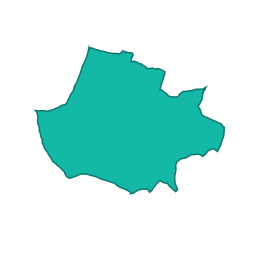 outline of Middle Bush Tanna, Tafea, Vanuatu, rotated 296°
{"feature_id": "77236927B24909731902413", "entity_name": "Middle Bush Tanna", "entity_type": "district", "adm_level": 2, "iso_a3": "VUT", "parent_name": "Vanuatu", "parent_adm1": "Tafea", "projection": "natural_earth1", "projection_center": [169.321, -19.465], "detail": "fine", "context": "isolated", "style": "filled", "palette": "teal", "viewbox_px": 256, "rotation_deg": 296, "n_neighbors": 0, "source": "geoboundaries", "source_scale": "gbopen_adm2", "svg_char_len": 3801}
<svg xmlns="http://www.w3.org/2000/svg" viewBox="0 0 256 256"><g transform="rotate(296 128 128)"><path d="M197.2,98.8L196.9,98.1L196.5,96.3L195.6,94.6L195.8,93.3L195.4,92.9L194.5,92.7L194.8,91.9L195.2,91.2L195.2,90.2L195.0,89.6L194.7,89.4L194.2,89.5L193.5,88.9L192.5,88.8L192.1,88.5L191.3,88.2L190.9,87.8L190.6,87.2L190.1,85.3L189.4,84.0L189.3,83.8L189.0,83.0L189.0,82.8L188.0,82.0L188.0,81.6L188.2,81.2L188.2,80.7L187.6,79.6L187.5,78.7L187.2,77.8L187.2,77.7L186.7,77.3L186.6,77.1L186.7,75.7L186.3,73.1L185.7,71.1L185.3,69.2L184.8,69.0L185.0,68.0L185.0,67.1L184.3,64.0L184.1,61.5L184.2,61.3L183.7,59.9L183.6,59.0L183.4,58.8L183.0,58.7L182.6,58.8L182.3,58.9L182.2,58.9L182.0,58.7L183.2,57.8L183.4,57.6L177.2,59.2L175.3,59.4L170.5,60.0L167.5,60.0L165.8,60.0L163.5,60.0L157.9,60.9L153.0,61.4L146.6,61.9L142.2,61.7L141.2,61.7L139.1,62.3L136.6,62.4L132.1,61.7L130.3,61.9L126.2,61.9L124.6,61.9L123.4,61.9L121.0,60.9L120.4,59.9L119.5,58.6L115.9,56.3L114.7,55.2L113.7,54.2L111.7,52.7L110.0,50.8L108.4,48.9L107.1,47.3L106.9,45.2L105.2,42.0L104.0,39.9L103.1,37.2L102.1,39.5L100.7,40.5L99.3,41.4L98.0,42.6L95.9,43.0L93.0,44.7L92.0,45.4L91.2,46.6L90.0,47.7L88.8,48.5L86.4,49.6L85.5,50.9L83.8,52.1L81.6,54.0L80.9,55.1L79.9,56.3L77.0,57.4L76.2,58.7L75.1,59.9L74.1,61.0L72.9,62.2L71.9,63.9L71.7,64.6L70.5,66.9L69.2,68.3L68.6,69.6L68.1,70.3L67.6,71.5L67.5,72.3L66.6,72.6L66.1,73.6L65.8,74.3L65.2,74.5L64.7,76.1L64.7,76.4L64.4,77.6L64.2,79.1L63.4,81.0L63.2,82.1L63.0,83.3L62.5,85.0L61.0,88.8L60.8,90.3L59.1,91.5L58.6,92.6L57.2,94.7L57.2,97.1L57.8,98.3L63.1,103.4L66.0,105.7L68.4,111.1L70.0,119.4L70.3,120.6L70.3,126.0L71.3,131.9L72.1,137.7L72.4,140.5L71.3,144.4L71.3,147.1L71.3,148.6L71.6,150.1L71.6,151.2L71.6,152.4L71.6,154.5L71.6,157.2L71.1,158.4L70.0,159.3L71.9,161.4L72.5,161.8L73.6,162.4L74.6,163.0L77.9,165.5L78.1,165.8L78.4,166.3L78.6,167.0L79.3,167.8L79.8,168.6L80.2,169.4L80.5,170.3L80.8,170.6L81.1,171.4L81.2,173.0L81.2,173.4L81.2,173.6L80.1,174.8L79.8,175.4L80.5,176.1L80.8,176.2L81.3,176.3L82.2,176.7L85.4,177.1L86.9,177.4L89.7,178.0L90.0,178.0L91.5,178.6L91.9,178.6L92.4,178.7L93.8,179.2L94.9,181.0L94.5,181.8L94.6,184.7L95.0,185.9L95.4,186.7L95.4,187.8L95.3,188.3L95.0,188.9L94.6,189.3L94.3,189.9L91.6,198.5L92.2,198.9L94.2,199.5L96.2,197.7L98.3,195.1L101.9,192.7L105.9,190.8L108.9,190.2L112.6,188.9L115.0,187.3L119.3,186.8L121.7,188.2L123.1,188.9L124.8,190.5L126.3,193.0L128.8,194.6L129.6,195.1L132.0,196.8L132.6,198.2L133.8,200.1L135.5,202.7L135.5,204.5L135.5,206.4L135.3,207.7L138.6,209.1L142.2,209.9L143.7,210.7L146.9,213.8L146.2,218.8L146.9,218.7L151.2,218.7L153.3,218.8L158.8,217.8L161.6,217.8L166.4,216.2L170.9,214.2L171.2,211.8L172.4,210.6L172.4,208.9L172.0,193.7L171.7,189.8L173.3,187.5L177.0,183.9L177.7,182.1L177.9,181.6L185.6,182.1L190.4,180.5L193.4,179.9L196.3,180.2L198.8,180.2L198.1,179.8L196.4,178.4L195.3,177.6L194.5,175.6L193.3,173.9L193.1,173.2L192.7,172.2L192.0,171.5L191.2,170.7L190.1,169.6L190.1,169.3L189.6,168.9L188.6,167.5L188.3,166.9L188.2,166.4L186.4,164.4L185.8,163.3L185.6,162.1L182.7,160.4L182.0,159.7L181.4,159.7L177.7,159.2L177.6,158.6L177.0,157.8L176.9,157.5L176.3,156.3L175.9,155.2L175.1,153.5L174.7,152.1L174.7,150.6L175.0,148.9L175.8,147.5L175.9,146.1L176.1,144.8L176.6,143.5L176.8,142.6L176.8,141.2L176.3,140.0L180.1,139.2L182.4,138.6L186.8,138.3L188.3,137.8L192.6,137.4L193.1,136.9L194.7,136.5L194.8,135.5L194.8,134.2L194.9,132.9L194.9,131.9L194.7,129.9L194.5,128.5L192.9,126.9L192.9,125.6L192.6,123.9L192.2,123.3L191.9,122.6L190.9,121.4L190.0,119.0L190.0,118.0L190.7,117.4L190.9,116.3L190.8,115.1L190.8,114.2L191.1,113.4L191.4,112.5L191.4,111.6L190.9,110.5L190.7,109.6L191.1,108.1L191.1,107.0L190.9,105.6L190.7,104.4L190.0,103.1L189.3,102.9L189.3,101.4L191.3,100.8L195.9,100.6L196.6,100.1L197.2,98.8Z" fill="#14b8a6" stroke="#0f766e" stroke-width="1.5"/></g></svg>